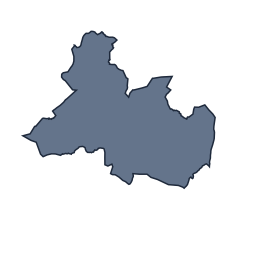 Hawul, Borno, Nigeria, rotated 32°
{"feature_id": "59680162B65118596491840", "entity_name": "Hawul", "entity_type": "district", "adm_level": 2, "iso_a3": "NGA", "parent_name": "Nigeria", "parent_adm1": "Borno", "projection": "natural_earth1", "projection_center": [12.218, 10.459], "detail": "fine", "context": "isolated", "style": "filled", "palette": "slate", "viewbox_px": 256, "rotation_deg": 32, "n_neighbors": 0, "source": "geoboundaries", "source_scale": "gbopen_adm2", "svg_char_len": 4877}
<svg xmlns="http://www.w3.org/2000/svg" viewBox="0 0 256 256"><g transform="rotate(32 128 128)"><path d="M38.5,86.2L39.1,86.9L38.6,90.7L38.7,91.1L44.2,96.0L46.6,99.9L47.5,102.8L47.6,105.7L47.4,106.5L47.3,112.2L43.8,115.5L43.3,117.5L44.7,120.0L47.1,121.0L48.9,121.2L49.4,121.0L60.8,125.0L64.2,123.3L60.7,135.6L60.2,136.8L60.2,137.0L60.0,137.3L59.8,140.1L58.5,144.8L56.9,148.5L56.2,150.6L55.6,151.9L55.1,153.6L60.1,155.7L60.0,156.3L60.1,156.7L60.1,157.1L59.9,157.7L59.8,158.0L59.9,158.4L59.6,158.6L59.6,159.0L59.6,159.3L58.9,159.7L58.6,160.1L58.4,160.4L58.4,160.7L58.6,160.9L58.6,161.1L58.3,161.2L57.7,161.2L56.9,161.7L56.4,162.2L56.3,161.6L55.8,161.4L55.1,162.4L53.9,163.3L51.2,164.4L50.4,165.2L48.9,175.4L48.9,175.5L48.5,175.6L48.0,176.2L48.1,184.8L43.0,190.3L52.3,189.9L57.7,188.7L67.7,196.5L71.2,197.3L73.7,193.6L76.9,190.4L80.1,188.5L85.3,186.9L86.2,184.6L86.7,184.7L87.6,183.8L88.4,182.8L89.3,182.3L89.8,182.3L90.1,182.1L90.4,181.8L90.5,181.4L90.8,181.0L91.3,181.0L92.0,180.8L92.7,180.5L93.8,180.3L93.7,179.7L93.9,179.2L94.5,178.4L95.4,177.4L94.9,175.8L95.1,174.8L95.4,173.8L96.0,172.6L96.3,171.8L96.5,171.1L96.6,169.9L97.2,169.3L99.4,167.6L101.0,167.4L101.7,167.4L102.3,167.6L102.8,168.3L104.0,169.2L105.1,169.9L106.1,170.0L106.7,170.1L107.5,169.6L108.5,169.0L109.2,168.4L110.1,168.3L110.6,167.3L111.5,166.7L111.4,165.9L111.4,164.3L112.1,164.0L112.6,164.0L113.4,162.9L113.7,162.2L113.5,161.1L115.0,159.6L118.1,158.3L118.9,158.5L121.4,161.0L124.0,165.3L127.9,171.4L131.1,170.9L133.5,167.2L135.6,168.9L137.4,175.9L139.4,175.8L142.0,174.4L146.4,174.4L151.4,175.2L154.3,174.8L157.0,175.2L158.6,175.3L159.3,174.4L159.4,173.4L159.4,171.7L159.1,169.9L158.4,168.2L158.3,167.1L158.1,166.1L156.4,164.1L162.4,161.0L168.6,157.1L173.6,157.7L180.4,156.0L192.3,154.6L201.2,150.0L205.9,149.1L207.5,149.3L207.8,147.8L208.2,146.4L208.4,144.5L207.9,142.4L207.5,140.8L207.0,139.1L206.7,138.4L206.9,137.3L207.3,136.3L208.3,136.7L209.5,136.7L209.7,136.0L209.4,135.2L209.0,134.2L208.4,133.6L207.7,133.1L207.7,132.3L208.2,131.2L209.1,130.2L209.8,128.6L210.0,127.1L210.6,125.7L210.4,124.6L211.0,123.3L211.4,122.4L211.2,121.3L211.3,120.4L211.8,119.9L212.2,119.1L212.5,118.3L212.8,117.7L213.7,116.8L214.4,117.0L216.3,117.2L217.5,117.6L216.9,116.5L216.3,115.0L215.2,113.8L214.6,112.3L213.9,110.0L212.3,107.3L211.4,105.3L210.5,103.7L209.9,102.3L209.1,99.1L208.7,97.5L207.2,92.6L206.6,91.1L203.6,85.8L202.5,84.6L201.4,83.7L199.9,81.0L196.3,72.9L192.5,71.2L186.9,69.8L180.9,67.7L176.9,73.0L173.4,75.0L173.8,77.2L175.7,81.8L173.9,86.4L172.8,87.0L172.7,87.1L172.6,87.5L172.6,87.8L172.7,88.0L172.8,88.1L172.9,88.5L173.0,88.6L173.1,89.2L173.1,89.3L172.3,89.4L169.6,89.7L169.4,89.5L168.1,89.5L167.7,89.4L167.2,89.3L166.8,89.5L166.5,89.5L166.3,89.2L166.0,89.0L165.8,88.6L165.5,88.2L165.2,88.1L164.9,88.0L164.5,88.2L164.1,88.3L163.8,88.3L163.5,88.1L163.4,87.7L163.2,87.3L162.8,87.1L162.4,87.1L162.1,87.2L161.5,87.2L161.1,87.4L160.7,87.3L160.4,87.3L160.0,87.3L159.8,87.3L159.7,87.4L159.5,87.6L159.3,87.8L159.1,88.0L158.8,88.1L158.5,88.4L158.3,88.4L158.2,88.3L157.7,88.4L157.5,88.6L157.5,88.9L157.3,89.2L157.0,89.1L156.6,88.9L156.2,88.8L155.8,88.8L155.3,88.8L154.9,88.8L154.5,88.9L153.9,89.5L149.2,86.7L147.1,84.3L143.1,82.1L142.8,79.0L143.4,77.2L144.1,73.1L139.0,72.8L138.1,60.9L129.1,67.2L123.3,72.3L122.4,72.9L122.2,82.6L118.9,86.4L112.7,92.8L111.9,93.1L111.2,97.3L112.2,101.5L107.3,100.1L106.7,97.8L106.6,95.2L106.0,93.7L105.0,92.6L101.9,86.4L101.5,86.3L99.8,86.3L93.3,82.0L92.5,82.3L91.9,82.6L91.1,82.7L89.1,83.0L87.1,82.8L85.4,81.7L84.0,81.2L82.8,81.3L81.7,82.1L80.1,83.0L78.6,83.7L78.5,83.3L78.4,83.2L78.1,82.9L77.9,82.9L77.7,82.8L77.5,82.7L77.4,82.6L77.1,82.6L76.9,82.6L76.7,82.5L76.6,82.4L76.4,82.3L76.3,82.2L76.3,81.9L76.3,81.7L76.2,81.5L76.2,81.4L76.1,81.2L76.0,80.9L76.2,80.7L76.3,80.6L76.2,80.4L76.1,80.2L76.2,79.9L76.3,80.0L76.5,79.9L76.5,79.7L76.4,79.7L76.2,79.4L76.1,79.5L75.9,79.6L75.9,79.4L76.0,79.2L74.0,76.1L72.2,73.3L72.7,70.3L72.8,69.9L72.9,69.6L73.2,68.8L73.2,68.6L73.2,68.4L73.1,67.9L73.2,67.6L72.9,67.5L72.7,67.4L72.5,67.5L72.1,67.4L71.9,67.2L71.9,66.9L71.8,66.6L71.6,66.4L71.5,66.1L71.3,65.9L71.2,65.8L71.1,65.7L71.0,65.8L70.9,65.9L70.9,66.0L70.7,66.1L70.3,66.0L70.2,65.9L70.2,65.4L70.1,65.2L69.9,65.1L70.1,64.6L70.4,64.3L71.3,62.2L72.0,59.3L68.7,58.7L66.9,59.1L63.8,61.1L61.6,61.5L60.7,62.1L60.3,61.9L60.1,61.6L59.9,61.7L59.6,61.6L59.3,61.3L59.1,61.2L58.9,61.4L58.6,61.4L58.2,61.2L57.7,61.1L57.0,61.1L56.7,60.6L56.2,60.5L55.8,60.8L55.5,60.8L55.3,60.6L55.2,60.3L54.9,60.3L54.7,60.6L54.3,62.4L53.9,62.9L53.3,63.9L52.8,64.9L51.6,64.8L50.4,64.7L49.7,64.5L49.1,64.2L48.7,64.3L48.1,64.4L47.0,64.7L45.5,65.6L44.8,67.8L44.3,68.7L43.4,69.3L42.3,69.9L41.9,71.2L41.6,72.7L41.6,74.0L41.7,75.0L42.1,76.4L42.4,77.2L42.7,78.3L43.0,79.3L43.3,80.5L44.0,82.2L44.2,83.6L43.9,84.9L43.1,86.0L41.9,86.9L41.1,86.5L40.2,86.5L39.4,86.0L38.5,86.2Z" fill="#64748b" stroke="#1e293b" stroke-width="1.5"/></g></svg>